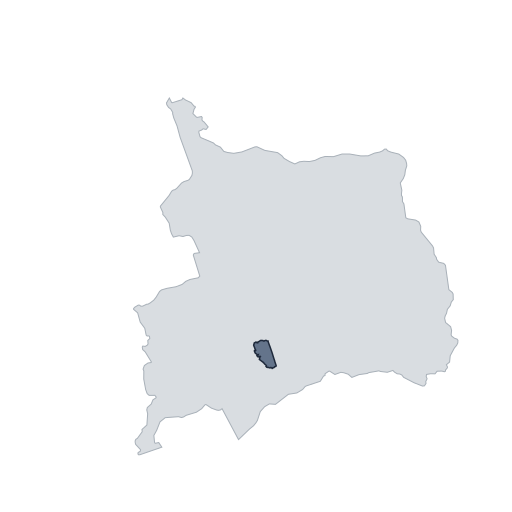 Kongolo, Katanga, Democratic Republic of the Congo shown in context, rotated 71°
{"feature_id": "63176286B90330150002289", "entity_name": "Kongolo", "entity_type": "district", "adm_level": 2, "iso_a3": "COD", "parent_name": "Democratic Republic of the Congo", "parent_adm1": "Katanga", "projection": "mercator", "projection_center": [26.751, -5.433], "detail": "fine", "context": "in_parent", "style": "filled", "palette": "slate", "viewbox_px": 512, "rotation_deg": 71, "n_neighbors": 0, "source": "geoboundaries", "source_scale": "gbopen_adm2", "svg_char_len": 6412}
<svg xmlns="http://www.w3.org/2000/svg" viewBox="0 0 512 512"><g transform="rotate(71 256 256)"><path d="M423.9,332.3L389.3,337.8L390.0,339.7L389.7,341.8L388.8,343.4L385.3,347.7L380.1,351.7L380.1,352.7L382.7,357.1L384.3,363.2L383.9,373.9L384.6,376.8L384.5,379.0L382.7,381.6L379.3,394.5L381.6,400.8L388.4,406.6L392.4,411.0L399.2,412.6L400.3,412.3L400.7,408.7L406.1,407.3L406.1,430.5L405.7,431.8L404.7,432.1L403.4,431.4L403.0,429.1L401.6,428.2L395.0,431.1L393.3,431.0L391.5,430.5L390.2,429.3L389.8,427.5L385.1,420.8L382.9,420.3L380.3,414.2L369.9,409.8L366.0,409.4L363.9,408.1L361.9,403.3L358.4,400.2L357.6,396.8L356.9,396.3L354.8,397.0L353.0,402.4L350.7,403.7L346.4,403.8L335.8,402.2L328.2,399.5L326.2,399.6L323.2,397.2L322.0,393.0L322.6,389.8L322.1,389.4L310.5,392.0L307.7,393.6L305.1,393.2L304.3,392.4L305.4,390.2L304.9,387.8L304.0,386.7L300.6,385.8L299.5,383.3L297.4,382.9L296.7,383.3L296.2,385.0L295.0,385.6L288.1,384.7L280.8,387.0L271.2,386.4L266.6,389.1L266.0,389.0L265.0,387.6L264.1,383.3L264.6,382.1L266.0,381.2L266.5,379.5L266.0,374.9L266.4,373.9L265.9,371.3L264.5,367.1L262.4,363.8L258.1,358.7L257.3,356.3L257.6,350.6L259.0,341.7L258.8,335.0L257.1,330.7L256.7,326.1L257.8,317.7L256.7,315.7L234.8,315.0L233.9,314.4L233.5,313.3L234.5,308.3L221.2,309.6L217.2,310.5L214.7,312.5L213.9,315.1L213.8,318.7L211.8,322.1L211.2,328.0L207.5,328.6L203.8,328.6L196.7,327.4L189.8,329.1L186.4,330.6L184.6,329.9L178.4,330.5L177.6,330.0L170.5,318.5L167.3,314.7L166.7,312.8L166.9,311.0L166.1,308.6L162.8,302.7L162.2,299.9L162.3,295.6L161.9,294.1L159.0,290.4L157.0,289.2L154.8,288.5L119.1,289.1L107.3,288.3L98.7,288.8L94.3,288.5L93.1,288.0L89.2,288.8L87.1,290.3L84.0,291.1L82.1,290.8L78.4,286.5L83.4,285.8L83.8,285.4L84.1,275.1L82.8,273.7L85.5,271.9L89.9,267.4L94.1,265.8L94.7,264.9L95.6,264.9L97.1,266.8L100.8,269.3L105.3,267.1L105.8,266.5L106.4,262.1L107.5,261.8L109.5,262.7L110.6,262.7L112.5,261.4L118.4,259.2L120.1,262.0L118.5,264.6L119.2,266.4L119.3,269.2L120.3,269.8L124.9,270.1L126.2,269.5L135.3,259.4L137.7,258.2L141.5,254.2L146.6,252.4L148.8,249.3L151.7,243.6L153.0,235.5L152.5,221.5L153.0,219.6L159.0,213.3L165.3,201.9L169.6,198.9L172.8,197.7L177.7,193.5L181.6,189.3L181.1,184.2L182.0,180.0L184.1,174.7L184.8,169.0L184.1,163.1L184.4,158.2L187.3,150.4L187.6,141.5L190.2,134.0L195.4,124.5L197.8,117.4L197.3,110.4L198.0,105.3L197.8,102.2L196.8,99.6L197.3,98.0L199.3,97.3L201.7,94.6L206.1,87.8L210.9,84.4L214.2,83.3L217.6,83.5L219.9,84.1L223.5,86.8L227.7,88.9L230.8,91.6L233.9,95.8L241.3,96.7L244.5,98.2L246.4,98.8L247.1,98.4L248.7,98.6L252.2,99.8L254.9,99.2L268.6,101.9L270.2,100.5L274.0,93.4L276.9,90.9L281.6,90.6L285.2,92.0L287.2,92.0L304.0,85.8L306.2,85.5L312.3,87.0L316.3,86.0L317.9,86.3L321.3,85.3L324.1,80.9L326.5,79.9L350.6,84.6L354.3,82.3L356.1,82.0L361.5,83.7L363.1,86.3L366.3,88.6L368.7,92.4L372.2,94.5L374.1,96.5L376.2,97.9L380.6,98.4L386.2,95.0L390.1,95.3L394.1,97.2L395.4,97.1L398.4,95.1L400.0,93.0L401.5,92.5L403.9,93.5L405.8,95.4L407.5,98.3L413.5,104.8L419.3,107.5L420.8,111.4L422.9,111.1L424.0,111.4L425.5,113.9L426.6,114.4L426.8,115.5L425.3,117.8L423.9,122.3L425.7,125.1L424.2,129.1L423.5,133.3L425.3,134.3L427.8,134.2L430.0,136.4L431.8,136.7L433.6,139.0L433.2,140.9L427.4,147.7L418.8,155.9L415.9,156.9L414.4,158.5L413.3,160.9L410.8,162.9L408.8,163.8L408.7,169.7L405.7,175.9L404.6,177.2L403.0,187.3L403.3,189.0L401.7,197.2L402.0,204.9L397.8,207.3L394.9,211.1L393.6,213.7L393.7,220.0L388.9,223.8L388.6,224.6L389.8,229.0L391.5,229.7L391.5,231.2L395.4,236.0L395.2,250.5L395.4,252.0L397.4,255.4L398.8,262.0L397.3,270.4L402.6,285.9L400.2,291.5L401.3,296.9L404.5,302.6L411.9,308.2L413.8,310.5L415.7,313.6L417.5,318.5L423.9,332.3Z" fill="#d9dde1" stroke="#a8b0b8" stroke-width="1"/><path d="M354.9,286.5L355.8,285.9L356.5,285.4L357.6,284.7L358.3,284.2L358.5,283.9L358.9,283.9L359.2,283.8L359.7,283.4L360.0,283.2L360.4,283.2L360.8,283.0L361.1,282.9L361.7,282.5L362.5,282.1L363.0,281.9L363.3,281.9L363.4,282.0L363.5,282.2L363.6,282.3L363.7,282.1L364.0,282.1L364.5,282.2L364.8,281.8L365.1,281.5L365.1,281.1L365.1,280.9L365.3,280.7L365.5,280.5L365.7,280.2L366.0,279.7L366.3,279.4L366.4,279.2L366.4,278.9L366.4,278.7L366.2,278.3L366.4,278.0L366.7,277.8L367.0,277.6L367.3,277.4L367.6,277.3L367.6,277.2L367.3,276.7L367.1,276.4L367.2,276.1L367.3,276.0L367.4,275.8L367.4,275.7L367.3,275.2L367.2,275.0L366.9,274.7L366.7,274.4L366.8,274.0L366.8,273.7L366.9,273.4L366.7,273.0L366.6,272.9L366.5,272.7L365.9,272.6L365.6,272.6L365.2,272.6L364.2,272.6L363.9,272.6L361.6,272.6L361.3,272.5L361.2,272.5L360.1,272.5L359.9,272.5L358.9,272.5L355.9,272.4L355.6,272.4L353.4,272.3L353.2,272.3L352.9,272.3L349.0,272.3L346.8,272.3L346.4,272.3L345.9,272.3L344.4,272.4L344.0,272.4L342.5,272.4L341.2,272.4L340.5,272.4L340.4,272.3L340.3,272.5L340.2,272.7L340.1,272.9L340.0,273.0L339.5,273.5L339.1,273.9L339.0,274.0L338.9,274.5L338.9,274.8L338.9,275.0L338.9,275.4L338.9,275.5L339.0,275.6L339.0,275.8L339.0,276.1L338.9,276.2L338.9,276.3L338.8,276.5L338.7,276.7L338.6,276.8L338.4,276.9L338.3,277.0L338.2,277.0L338.0,277.4L337.9,277.7L337.9,277.8L337.8,278.0L337.7,278.3L337.6,278.5L337.4,278.7L337.4,278.8L337.4,279.4L337.5,279.8L337.6,280.2L337.8,280.6L337.8,280.9L337.8,281.2L337.9,281.6L337.9,281.8L338.1,282.1L338.1,282.4L338.2,282.5L338.3,282.7L338.6,282.7L338.6,282.8L338.5,283.0L338.3,283.2L338.2,283.2L338.2,283.4L338.1,283.6L337.9,283.6L337.7,283.5L337.5,284.0L337.3,284.5L337.6,285.1L337.7,285.3L337.6,285.6L337.6,285.9L337.8,286.1L338.2,286.3L338.3,286.3L338.5,286.5L338.8,286.6L338.9,286.8L339.1,287.0L339.5,287.2L339.7,287.3L339.8,287.3L340.2,287.2L340.4,287.2L340.6,287.2L340.9,287.3L341.1,287.2L341.3,287.2L341.6,287.2L341.9,287.2L342.0,287.2L342.6,287.1L342.9,287.2L343.2,287.2L343.4,287.2L343.6,287.2L343.9,287.2L344.1,287.0L344.5,287.0L345.2,287.0L345.3,287.2L345.3,287.4L345.2,287.7L345.0,287.9L345.0,288.0L345.0,288.3L345.3,288.4L345.7,288.5L346.0,288.4L346.5,288.4L346.8,288.4L347.6,288.3L348.2,287.9L348.5,287.7L348.9,287.4L349.1,287.3L349.6,287.2L349.8,286.8L349.9,286.2L350.0,286.0L350.0,285.9L350.3,286.1L350.4,286.3L350.4,286.8L350.3,287.0L350.3,287.3L350.5,287.6L351.1,287.4L351.5,287.1L351.9,287.0L352.0,287.0L352.1,286.9L352.2,286.6L352.2,286.3L352.3,286.1L352.3,285.9L352.2,285.8L352.1,285.4L352.1,285.2L352.2,284.8L352.3,284.8L352.4,284.7L352.5,284.9L352.5,285.0L352.8,285.1L352.9,285.3L353.0,285.5L353.4,285.5L353.6,285.6L354.5,286.3L354.9,286.5Z" fill="#64748b" stroke="#1e293b" stroke-width="1.5"/></g></svg>